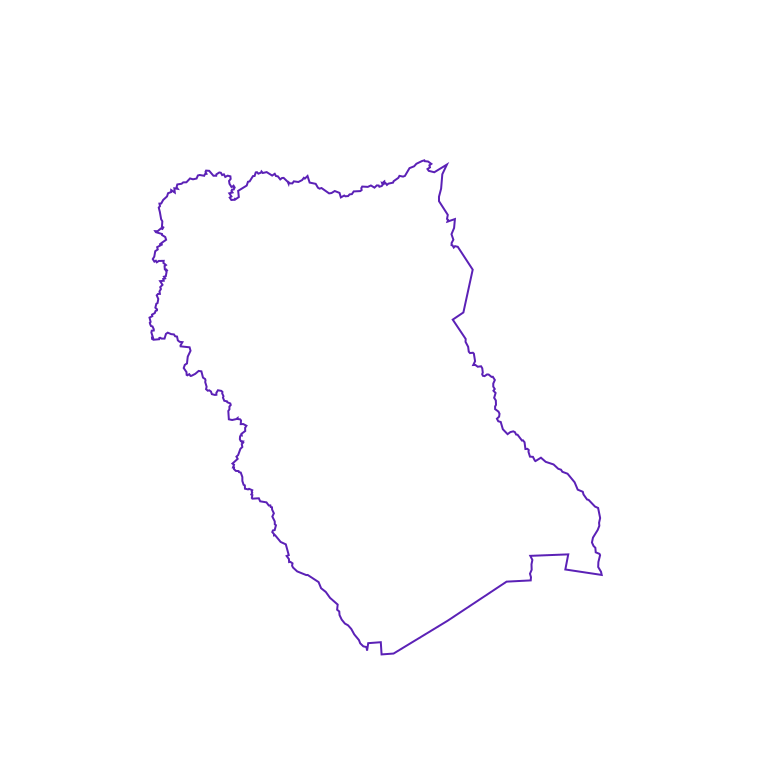 Mareeba, Queensland, Australia (Albers equal-area conic projection), rotated 232°
{"feature_id": "25037944B55743987265110", "entity_name": "Mareeba", "entity_type": "district", "adm_level": 2, "iso_a3": "AUS", "parent_name": "Australia", "parent_adm1": "Queensland", "projection": "albers", "projection_center": [144.699, -17.129], "detail": "fine", "context": "isolated", "style": "outline", "palette": "violet", "viewbox_px": 768, "rotation_deg": 232, "n_neighbors": 0, "source": "geoboundaries", "source_scale": "gbopen_adm2", "svg_char_len": 6165}
<svg xmlns="http://www.w3.org/2000/svg" viewBox="0 0 768 768"><g transform="rotate(232 384 384)"><path d="M661.7,315.1L657.6,313.3L651.0,309.8L648.7,309.5L644.7,305.9L643.3,306.5L642.6,304.8L643.9,304.0L643.8,299.6L645.3,297.8L644.1,297.7L638.9,301.4L638.1,300.8L634.5,302.1L631.8,301.1L632.1,295.5L629.9,294.3L632.0,294.5L632.1,293.6L630.9,293.0L631.5,289.5L629.3,288.5L629.5,285.5L625.8,281.4L624.8,278.7L621.8,278.4L621.6,280.1L619.8,279.9L619.6,282.3L616.7,286.2L615.2,284.7L612.0,285.4L612.1,283.7L609.3,281.9L608.2,283.0L607.1,282.9L607.3,281.9L606.2,281.7L603.3,278.4L604.0,276.7L602.0,276.5L602.7,274.7L601.0,274.0L602.9,270.9L598.5,270.5L598.1,267.3L596.2,266.7L595.2,264.1L593.0,262.9L594.1,261.3L593.8,259.5L590.0,258.5L587.2,255.4L587.4,254.0L584.9,250.8L582.5,251.1L581.8,250.4L582.2,248.9L581.0,247.0L581.5,243.9L580.1,243.2L580.7,240.1L576.6,238.3L576.4,237.1L574.6,236.4L573.1,236.1L571.9,237.0L568.9,236.3L567.9,235.5L569.0,233.8L567.8,232.4L562.2,230.3L563.2,229.6L562.3,229.0L560.8,229.6L557.7,234.4L558.6,235.4L558.1,236.2L556.7,236.7L554.9,239.0L557.7,243.0L557.6,245.2L554.3,247.0L552.4,249.0L550.2,248.8L548.8,250.1L545.3,248.4L543.1,248.9L541.1,250.9L539.7,247.4L538.9,246.9L532.6,253.4L529.3,252.0L526.4,246.2L521.5,241.4L521.7,238.8L519.9,236.0L515.0,235.7L512.7,234.1L511.9,234.4L511.6,236.6L509.5,236.5L509.0,237.3L508.2,241.5L508.4,246.0L506.4,247.9L500.5,245.3L498.0,246.1L496.8,245.6L495.6,244.3L491.0,242.5L489.5,240.6L487.2,241.0L486.6,242.4L484.6,243.0L482.0,242.1L479.5,244.0L478.7,245.3L480.2,246.4L481.3,249.3L478.7,251.6L477.2,251.8L476.2,250.7L473.2,250.0L472.4,248.7L469.1,247.8L467.0,249.6L466.1,249.3L463.3,250.9L461.8,250.3L461.4,248.3L459.2,246.6L458.6,244.7L451.7,240.0L449.1,242.2L447.3,246.0L447.3,247.7L446.5,247.1L444.7,248.9L443.3,248.9L440.6,246.4L439.0,248.5L435.8,249.9L435.0,247.6L432.4,245.7L432.5,241.0L431.0,240.2L431.8,239.4L431.1,238.1L429.2,236.4L427.3,236.0L425.6,237.5L425.4,236.4L424.5,236.8L424.2,234.9L421.6,233.6L421.3,230.9L417.8,225.3L417.6,223.0L415.1,222.6L414.6,215.6L412.7,216.1L411.2,213.6L410.5,214.4L409.4,213.4L406.8,213.7L404.9,215.8L403.8,215.5L402.4,216.6L397.9,215.1L394.8,212.7L391.0,211.3L389.8,211.9L387.1,210.0L384.6,212.0L384.5,213.1L381.4,214.8L380.5,213.4L379.4,213.2L378.6,211.4L377.5,211.9L375.6,209.7L374.7,209.7L371.0,215.0L367.8,214.2L363.1,218.5L359.2,218.4L358.3,219.7L356.8,219.0L355.8,219.8L353.9,218.5L349.9,217.6L348.3,214.4L343.0,213.3L340.7,211.6L339.2,211.9L336.2,207.9L337.0,206.3L336.1,204.8L333.4,204.9L332.4,204.1L331.9,205.1L323.2,205.3L318.1,207.9L307.8,203.6L308.4,201.4L304.6,201.3L302.1,199.6L301.5,200.7L299.0,201.5L297.4,199.7L295.4,199.3L289.8,200.2L281.3,205.1L280.5,206.3L268.2,210.5L261.8,208.7L255.9,210.1L248.7,209.8L238.7,211.7L235.0,208.1L232.3,208.7L229.3,206.7L224.4,205.6L219.3,205.7L216.0,207.1L211.1,207.4L205.0,206.4L197.6,206.6L194.3,205.6L190.0,206.2L187.5,208.2L184.3,206.5L189.5,212.0L182.5,222.5L172.4,215.6L165.7,225.6L158.3,288.2L152.8,358.9L138.9,378.7L141.3,380.9L144.6,382.2L146.7,386.0L151.1,389.2L154.0,392.6L158.5,393.5L136.3,424.3L126.2,412.7L99.5,438.0L102.4,439.4L107.9,440.1L111.7,443.3L116.1,448.9L117.5,449.2L121.0,447.2L124.8,449.7L127.4,449.4L131.1,450.3L134.3,454.1L137.4,462.5L139.7,466.4L142.2,468.0L145.3,471.8L154.5,476.4L157.5,474.8L166.7,473.9L168.0,472.9L174.1,473.2L176.7,474.3L181.5,471.6L189.2,473.7L200.3,473.4L205.0,470.5L207.5,470.7L209.9,469.1L216.2,468.1L223.1,463.5L229.3,462.3L230.0,455.9L230.7,455.7L234.9,456.5L236.9,454.3L241.6,456.1L242.8,457.4L244.6,457.1L245.7,455.4L251.6,458.9L254.1,458.8L254.5,457.9L261.8,458.0L262.8,457.0L265.5,457.5L267.1,456.7L268.3,454.0L268.4,450.5L275.2,449.8L282.2,452.6L284.3,451.1L287.1,451.6L287.4,454.6L289.4,456.7L291.8,457.2L295.8,456.1L297.9,457.7L298.6,459.4L302.2,462.0L305.3,462.3L308.2,466.4L311.3,466.1L311.9,468.2L314.7,468.5L317.1,470.4L318.9,473.8L322.7,474.2L323.4,473.1L327.0,472.3L328.1,471.1L328.3,468.1L329.6,467.0L331.3,467.4L332.2,468.9L335.9,471.1L338.2,471.4L339.9,468.5L342.8,467.7L344.0,466.0L345.9,469.8L352.6,473.5L353.9,473.3L355.4,470.8L357.3,470.7L361.5,473.2L367.0,474.2L369.2,476.1L392.4,477.8L391.5,490.6L419.5,524.3L446.7,526.6L448.9,524.8L448.6,523.0L451.1,523.3L451.8,522.7L453.5,524.1L455.0,527.5L460.5,529.4L463.8,535.3L470.3,541.4L472.9,534.0L473.9,535.5L475.3,535.3L478.0,538.4L494.2,539.9L497.7,542.6L502.8,549.3L513.4,559.1L518.2,568.7L519.9,554.0L524.4,550.5L526.6,550.6L526.4,553.6L528.4,554.4L528.3,556.8L532.2,555.7L534.5,553.3L535.4,553.5L536.3,551.2L537.6,545.1L537.0,541.8L538.4,537.0L535.1,528.6L535.7,526.7L538.5,524.3L537.6,522.2L537.9,516.5L537.1,515.1L539.2,510.8L539.1,508.9L541.3,508.9L541.6,508.0L543.4,509.0L543.4,507.8L542.3,506.8L543.5,506.2L541.8,505.6L541.4,504.1L542.3,501.8L543.7,502.0L544.9,500.6L544.6,497.4L548.5,495.9L549.3,492.6L553.0,488.4L552.3,486.7L550.6,485.8L550.6,484.1L554.4,478.7L553.4,475.6L554.6,473.6L554.2,471.4L555.7,469.1L557.0,468.7L557.6,464.9L562.0,466.6L566.4,464.0L566.8,460.2L568.0,458.1L576.9,455.4L577.6,453.5L579.3,452.8L583.8,453.4L588.5,449.4L595.0,451.8L594.6,448.1L595.8,447.8L595.1,445.0L595.9,440.9L599.2,437.7L598.5,435.3L600.1,433.4L601.5,433.1L600.6,432.1L602.6,432.6L608.2,431.8L609.1,430.5L609.1,428.2L613.0,428.2L614.4,426.9L616.9,427.3L617.1,424.2L623.2,422.0L624.9,418.4L626.9,418.3L626.3,417.2L627.1,414.5L629.1,414.3L629.7,413.2L627.6,410.1L628.5,408.7L626.4,402.9L627.1,401.3L624.9,398.0L626.0,388.0L620.7,384.7L621.0,380.2L621.6,380.3L621.4,379.4L623.0,377.0L625.9,377.2L625.7,379.2L629.5,379.5L628.2,382.5L630.0,382.6L630.7,383.9L629.8,385.4L630.8,387.3L632.6,387.5L632.2,386.6L632.9,386.6L633.2,385.1L636.9,385.5L639.4,386.9L640.0,389.4L642.2,390.8L644.4,389.1L644.9,386.4L647.8,386.9L648.3,385.1L650.9,385.5L652.1,384.4L652.4,381.0L651.4,380.0L653.1,377.8L659.6,377.5L661.7,375.2L661.0,373.9L658.9,373.5L659.6,372.0L658.8,370.5L662.2,367.4L662.9,365.7L661.3,362.8L662.9,359.5L665.4,357.7L664.6,352.5L666.5,349.9L666.4,347.8L668.5,344.0L666.8,341.7L664.8,341.6L667.3,339.3L663.7,337.0L667.8,335.7L666.3,334.4L667.3,331.3L665.4,328.5L665.0,323.3L663.4,319.6L664.4,318.1L662.1,317.0L661.7,315.1Z" fill="none" stroke="#5b21b6" stroke-width="2"/></g></svg>